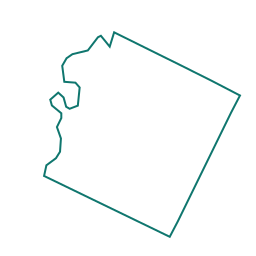 Ray, Missouri, United States of America, rotated 116°
{"feature_id": "52423323B37195564422054", "entity_name": "Ray", "entity_type": "district", "adm_level": 2, "iso_a3": "USA", "parent_name": "United States of America", "parent_adm1": "Missouri", "projection": "natural_earth1", "projection_center": [-94.019, 39.331], "detail": "fine", "context": "isolated", "style": "outline", "palette": "teal", "viewbox_px": 256, "rotation_deg": 116, "n_neighbors": 0, "source": "geoboundaries", "source_scale": "gbopen_adm2", "svg_char_len": 553}
<svg xmlns="http://www.w3.org/2000/svg" viewBox="0 0 256 256"><g transform="rotate(116 128 128)"><path d="M48.9,73.5L48.7,94.4L48.6,99.5L48.1,182.4L62.9,180.1L57.0,192.8L59.6,194.8L75.9,198.1L86.0,210.3L92.2,213.8L100.9,214.4L114.4,205.5L110.3,195.1L112.8,189.2L129.9,182.9L136.3,188.9L136.0,192.9L128.8,199.3L126.8,206.2L136.6,210.3L141.1,206.3L144.0,194.4L148.3,192.3L158.3,192.3L166.8,183.7L179.1,178.7L186.7,179.5L197.3,185.0L207.9,182.4L207.5,42.8L190.1,42.3L69.0,42.1L49.7,41.6L48.9,73.5Z" fill="none" stroke="#0f766e" stroke-width="2"/></g></svg>